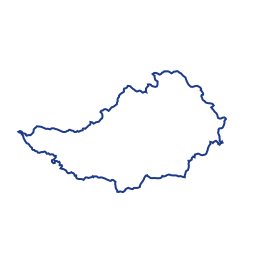 the district of Miracatu, São Paulo, Brazil, rotated 219°
{"feature_id": "56859067B15961203060488", "entity_name": "Miracatu", "entity_type": "district", "adm_level": 2, "iso_a3": "BRA", "parent_name": "Brazil", "parent_adm1": "São Paulo", "projection": "mercator", "projection_center": [-47.376, -24.194], "detail": "fine", "context": "isolated", "style": "outline", "palette": "blue", "viewbox_px": 256, "rotation_deg": 219, "n_neighbors": 0, "source": "geoboundaries", "source_scale": "gbopen_adm2", "svg_char_len": 4936}
<svg xmlns="http://www.w3.org/2000/svg" viewBox="0 0 256 256"><g transform="rotate(219 128 128)"><path d="M129.9,59.7L129.9,61.1L129.8,62.9L128.7,63.8L127.3,64.2L126.6,65.3L125.3,66.9L125.1,68.3L124.0,68.0L123.8,69.1L122.9,69.9L121.8,70.7L120.3,70.7L118.9,71.4L118.1,72.5L116.8,73.3L115.7,73.6L114.3,74.2L112.6,74.5L111.0,75.0L109.1,75.5L108.1,76.1L107.8,77.6L106.8,78.2L105.4,78.3L103.9,78.3L102.8,76.5L101.3,75.2L100.1,74.0L98.7,73.1L96.9,72.7L96.3,71.7L95.0,72.3L94.3,73.7L92.7,74.5L91.6,75.0L91.2,76.5L90.9,77.7L91.4,78.7L90.9,80.1L90.2,81.7L89.0,82.0L87.5,82.5L85.9,83.5L85.7,85.1L84.7,86.0L83.5,86.8L82.3,88.3L81.7,89.8L82.4,90.7L82.9,92.4L83.0,94.0L83.0,95.4L83.2,96.8L83.5,98.3L84.0,99.7L84.2,102.1L83.4,103.3L82.5,102.8L81.5,103.2L79.2,103.3L77.7,104.1L76.5,105.4L74.3,106.9L72.6,108.2L71.4,109.4L70.8,110.8L71.2,112.4L69.7,112.9L68.9,113.8L68.0,115.9L67.1,117.4L66.1,118.0L64.8,118.4L63.8,119.1L62.9,119.7L62.1,120.4L60.8,121.4L59.2,122.0L58.0,122.4L57.1,123.6L55.6,124.1L54.2,124.7L52.9,125.5L53.9,126.6L54.7,128.6L55.4,130.1L55.7,131.2L55.0,133.1L55.8,135.1L56.6,136.5L57.4,137.4L58.4,138.2L58.9,139.5L60.3,140.6L59.0,141.8L58.6,143.6L59.5,144.8L59.4,146.8L57.8,147.2L58.6,148.4L59.3,149.4L58.5,150.6L57.9,151.6L57.1,152.4L54.7,152.9L53.1,153.6L51.4,155.8L51.0,157.3L51.6,159.0L51.9,160.1L52.4,161.3L53.1,162.4L53.4,163.7L53.9,165.4L53.8,167.3L54.6,168.1L55.3,169.0L53.9,169.7L52.6,169.7L52.6,171.2L51.6,173.4L48.9,173.3L47.7,172.3L46.3,172.7L46.4,174.4L47.7,175.3L49.0,176.0L49.7,177.1L50.8,178.0L51.6,179.1L53.2,180.0L54.3,180.6L55.2,181.2L55.7,182.6L56.7,183.7L56.8,184.9L56.1,185.9L55.1,186.6L54.7,188.1L55.1,189.8L55.7,191.6L56.4,193.0L57.4,193.9L57.6,195.3L57.5,196.6L58.5,197.0L59.9,196.8L61.1,195.3L62.0,193.5L63.0,192.9L64.3,192.5L65.5,193.3L67.1,194.5L68.4,195.0L69.8,195.1L71.0,195.2L72.8,195.7L74.6,196.0L76.3,196.4L75.7,198.0L75.6,199.5L77.6,199.9L79.4,199.1L80.9,198.0L82.2,197.3L83.8,196.7L84.9,197.1L86.3,197.0L87.8,197.0L89.6,198.2L91.1,198.9L91.5,200.0L90.6,201.1L91.3,202.1L92.4,202.5L94.0,203.1L95.3,203.1L95.7,204.4L97.2,204.9L98.9,204.7L100.6,204.4L102.0,203.1L103.0,201.5L103.8,200.5L105.2,199.6L107.2,199.7L108.9,200.0L110.2,200.6L111.2,201.0L112.6,201.8L114.0,202.6L115.1,203.4L118.0,203.3L119.8,203.5L121.1,203.8L123.0,203.3L124.0,203.5L125.5,203.2L126.6,201.8L127.8,200.6L128.0,199.4L128.6,197.9L129.9,197.8L131.7,197.5L133.1,196.9L134.0,195.9L135.5,194.9L135.7,193.3L136.4,192.4L136.3,190.7L137.1,189.3L138.8,189.1L141.2,188.3L142.4,187.0L142.8,185.4L141.6,185.3L140.3,185.4L139.4,184.3L138.5,183.6L137.2,182.6L135.8,182.6L134.3,182.8L133.5,181.7L132.2,180.0L131.8,178.4L132.6,177.2L134.9,176.0L136.5,175.7L137.5,176.0L138.5,175.6L139.9,174.4L138.7,173.5L138.9,171.9L138.9,170.1L138.2,169.1L137.3,168.0L136.3,167.3L137.7,166.9L138.7,164.8L140.2,164.7L141.6,164.8L142.7,164.2L143.2,163.1L144.2,161.9L145.8,161.6L147.3,161.7L148.7,161.5L149.8,161.6L151.2,161.6L152.3,161.9L153.3,161.5L154.7,160.5L154.3,158.7L154.9,157.3L155.8,156.2L155.3,155.1L154.0,153.7L154.3,152.6L154.8,151.1L155.3,149.7L155.3,147.4L154.5,146.5L154.6,145.0L154.0,143.4L153.0,142.6L152.7,141.4L151.6,139.3L152.0,138.2L152.3,136.6L152.9,135.0L153.7,133.8L153.8,132.2L153.7,130.4L153.9,129.1L155.9,129.0L157.4,128.5L158.3,127.5L158.6,125.8L159.6,124.6L159.5,123.1L158.4,123.0L157.4,122.8L156.3,122.2L154.9,120.7L154.2,119.1L154.7,117.8L154.6,116.2L154.7,114.5L155.5,113.4L156.4,112.5L156.9,111.1L157.6,109.7L159.2,109.9L161.0,109.0L160.0,107.9L159.5,106.8L160.2,105.1L160.3,103.2L160.6,101.7L160.7,100.5L161.9,100.0L162.6,99.1L161.8,97.7L163.2,95.9L163.9,94.1L165.4,93.8L165.8,92.3L167.0,91.3L168.8,91.3L170.4,90.4L171.6,90.2L172.6,89.6L172.7,88.3L173.4,87.4L174.0,85.8L175.0,84.7L176.2,84.0L177.4,83.6L178.7,83.3L179.9,83.0L181.2,82.6L182.4,82.3L183.8,81.5L185.4,81.1L187.2,79.6L187.6,78.0L189.8,77.0L191.4,75.6L192.8,75.3L194.4,74.8L195.8,74.5L197.0,73.8L198.8,72.7L200.0,71.8L199.9,70.3L200.3,69.3L200.3,67.6L199.5,66.3L198.8,64.9L199.0,62.9L199.3,61.0L200.8,60.0L201.8,58.3L202.9,58.3L203.8,59.0L205.4,58.3L206.7,57.6L208.4,58.3L210.1,57.6L210.7,56.1L209.4,56.2L208.1,57.0L206.9,56.4L205.5,56.1L204.2,55.7L202.9,54.5L200.9,53.7L199.7,53.1L198.2,52.7L197.2,52.4L196.1,52.9L194.4,52.9L192.9,52.3L191.7,52.1L190.2,52.2L189.2,51.2L188.1,51.1L187.1,51.9L185.5,51.7L184.0,52.6L182.4,52.2L181.1,53.1L180.4,54.5L179.0,55.8L177.8,57.4L176.6,57.4L174.9,56.9L173.8,58.3L172.1,58.1L170.7,59.6L169.4,60.3L167.7,59.9L166.6,60.9L165.6,59.6L165.8,57.5L166.1,56.3L166.8,55.1L166.0,54.0L163.9,53.7L162.9,54.7L164.1,56.4L162.6,57.5L160.9,57.6L160.2,58.5L159.1,58.0L158.4,57.0L157.7,56.1L156.2,57.4L155.1,56.7L155.0,54.2L153.5,54.7L152.3,55.5L151.0,55.7L149.3,56.0L147.7,55.2L146.0,55.2L144.8,56.4L144.2,58.0L143.1,58.0L141.9,58.5L140.5,58.2L139.4,57.4L138.4,58.5L137.1,56.9L135.6,56.7L134.3,57.3L133.4,58.0L132.5,58.7L131.3,59.4L129.9,59.7ZM46.4,174.4L45.3,176.1L46.4,176.6L46.4,174.4Z" fill="none" stroke="#1e3a8a" stroke-width="2"/></g></svg>